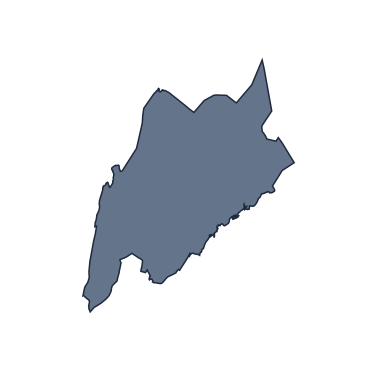 Hol nor, Buskerud, Norway (Natural Earth projection), rotated 111°
{"feature_id": "86288312B33339816949909", "entity_name": "Hol nor", "entity_type": "district", "adm_level": 2, "iso_a3": "NOR", "parent_name": "Norway", "parent_adm1": "Buskerud", "projection": "natural_earth1", "projection_center": [8.123, 60.604], "detail": "fine", "context": "isolated", "style": "filled", "palette": "slate", "viewbox_px": 384, "rotation_deg": 111, "n_neighbors": 0, "source": "geoboundaries", "source_scale": "gbopen_adm2", "svg_char_len": 5861}
<svg xmlns="http://www.w3.org/2000/svg" viewBox="0 0 384 384"><g transform="rotate(111 192 192)"><path d="M128.0,107.1L113.6,125.8L110.3,130.9L114.5,131.8L115.7,141.1L113.6,143.2L112.3,144.9L110.2,148.2L105.4,150.5L87.8,146.6L51.3,168.7L43.6,173.8L70.5,174.6L92.9,182.5L92.6,183.9L89.4,194.4L91.7,201.0L92.0,202.3L93.8,206.2L102.2,213.4L117.0,218.7L115.5,224.2L115.0,225.6L114.7,226.4L113.6,229.7L113.4,230.3L107.4,249.3L106.9,253.7L107.2,254.0L107.3,254.4L107.3,254.6L107.5,255.0L107.3,255.3L107.4,255.5L107.2,255.7L107.1,256.0L107.3,256.2L107.9,256.6L109.0,256.8L109.2,257.0L109.4,257.3L109.8,257.4L109.8,257.5L109.9,258.2L109.8,258.3L109.9,258.6L109.7,258.8L109.2,259.2L107.8,259.3L107.8,259.5L107.5,259.9L107.8,259.9L107.8,260.0L107.7,260.2L107.7,260.3L108.4,260.2L108.6,260.4L108.4,260.4L108.4,260.5L108.9,260.4L109.0,260.5L109.2,260.4L109.3,260.4L109.8,260.5L109.9,260.8L109.9,261.1L110.5,261.2L110.7,261.5L111.3,261.6L112.5,262.0L113.3,262.6L131.1,267.0L137.8,265.5L145.6,263.1L171.1,259.4L197.3,264.7L198.4,266.3L195.9,268.4L193.5,269.6L193.3,270.4L194.5,272.1L194.4,272.8L195.4,273.7L196.9,274.7L198.1,275.4L199.2,275.3L199.6,275.0L199.7,274.9L199.9,274.8L200.1,274.5L200.2,274.1L200.5,273.9L200.4,273.7L200.6,273.6L201.7,272.9L202.3,272.3L202.8,271.7L203.4,271.5L203.9,271.1L206.8,270.7L208.2,270.0L208.6,269.9L209.2,269.8L210.4,269.9L211.1,269.4L212.7,269.3L214.9,269.7L216.1,270.1L217.2,270.3L217.2,270.6L216.1,271.7L215.9,271.7L215.6,272.2L213.3,273.9L213.2,274.3L213.8,274.9L214.3,275.1L215.2,275.4L215.6,275.2L216.5,275.3L217.4,275.9L217.6,276.5L218.3,276.7L218.6,276.9L219.0,276.8L219.5,276.9L219.9,276.6L220.1,276.7L220.8,276.5L222.1,276.1L233.2,275.3L236.8,274.2L238.6,273.0L242.7,272.2L247.3,272.6L252.8,271.4L254.0,271.5L256.4,271.1L259.3,270.2L258.1,268.8L266.5,267.1L272.3,266.4L293.6,262.4L303.2,259.7L308.7,257.3L313.7,256.9L319.0,258.0L323.5,257.4L324.5,257.1L325.2,257.1L328.0,256.6L327.5,256.1L329.0,252.5L329.6,250.3L330.4,248.7L333.1,248.0L335.4,247.7L336.0,247.4L336.6,246.8L337.4,246.7L337.8,246.5L340.4,244.1L334.8,242.0L331.0,239.0L328.2,237.0L324.2,234.7L322.5,233.8L320.2,232.9L318.4,232.3L316.6,232.1L313.3,232.0L310.5,232.7L308.2,232.8L305.4,231.7L302.1,230.1L297.4,230.8L294.2,231.0L290.4,231.8L289.3,231.9L283.5,232.9L282.4,234.1L280.9,235.0L278.1,231.8L275.6,229.5L270.8,226.1L272.7,217.8L272.6,217.2L273.2,214.8L273.8,213.5L279.0,212.2L282.9,211.7L284.4,211.3L283.9,206.5L280.9,205.9L285.3,200.9L285.5,200.9L285.5,201.2L285.9,201.3L286.2,201.2L288.4,200.9L289.1,200.6L289.3,200.2L288.9,200.1L288.3,200.3L288.2,200.0L288.2,199.3L288.1,199.1L287.7,198.4L288.1,198.0L288.2,197.7L288.8,197.1L288.8,196.8L290.2,196.6L290.2,195.7L290.4,195.3L290.3,194.8L290.0,194.1L289.5,192.6L289.5,191.5L288.8,188.6L288.1,187.6L286.5,186.7L282.6,185.4L280.0,184.3L275.9,180.4L273.2,178.0L272.1,178.0L271.4,177.8L271.0,177.5L269.5,177.1L269.2,176.8L269.4,176.6L269.3,176.4L269.3,176.1L269.5,175.5L254.3,172.4L250.0,172.0L250.1,171.8L251.2,171.9L252.0,171.5L253.2,171.7L253.2,171.4L251.2,171.1L249.3,170.2L248.8,169.2L248.9,167.9L248.7,166.3L248.3,165.2L248.3,164.3L248.2,162.5L248.3,162.2L246.9,162.5L246.5,162.4L245.7,162.6L245.6,162.4L245.4,162.3L244.6,162.1L244.6,161.9L244.6,161.7L243.0,161.9L242.8,162.0L242.5,161.9L241.9,162.0L241.6,161.8L241.0,161.6L240.8,161.4L240.6,161.3L240.6,161.2L240.4,161.3L240.1,161.1L237.3,161.3L233.9,161.2L231.0,160.2L228.5,159.7L225.7,160.2L224.9,158.8L226.8,158.6L223.5,156.5L225.7,155.6L226.2,155.3L226.2,155.2L225.1,155.2L224.3,155.6L223.6,155.8L223.5,156.0L222.4,156.0L222.0,156.3L220.3,155.2L220.2,154.8L220.1,154.6L219.6,154.6L219.7,154.9L219.6,155.1L219.3,155.1L219.2,154.9L218.7,154.9L217.6,155.1L216.9,154.6L216.7,154.8L216.8,155.2L216.4,155.3L216.5,155.6L216.5,155.9L216.2,155.9L216.0,156.2L215.8,156.3L214.7,156.3L214.1,155.8L213.8,155.9L213.4,155.6L213.3,155.2L213.9,155.3L214.0,155.3L214.1,155.2L213.8,155.0L213.1,154.8L213.2,154.4L213.5,154.3L213.4,153.9L213.2,154.0L212.7,153.7L212.1,153.6L211.4,153.0L211.2,153.0L211.0,152.8L210.8,152.3L211.8,150.6L211.9,150.0L211.9,149.7L211.5,149.2L210.7,148.5L208.5,147.0L207.8,146.7L206.3,146.7L203.4,147.3L201.7,146.1L200.8,146.1L200.5,145.8L200.8,145.9L200.6,145.0L200.4,144.6L199.4,144.9L199.2,144.8L199.0,144.3L198.0,143.4L198.5,142.9L199.1,142.8L199.1,142.5L199.2,142.4L199.5,142.4L199.6,142.7L199.5,143.0L199.2,143.4L199.1,143.5L199.3,143.6L200.0,143.5L200.4,143.9L201.2,144.2L202.0,144.7L202.4,144.5L202.2,144.4L202.4,144.2L202.2,144.0L202.5,143.7L202.2,143.4L202.1,143.1L200.1,141.5L200.3,141.2L198.4,140.0L198.2,140.1L197.5,139.9L197.3,139.9L197.3,140.0L197.7,140.2L197.9,140.8L198.1,140.8L198.1,140.5L198.3,140.5L198.4,141.6L198.0,141.7L197.1,141.3L196.9,141.2L196.6,141.3L196.4,141.7L192.2,139.7L191.1,139.1L190.9,138.8L190.6,138.5L189.6,138.2L188.5,137.7L188.2,137.7L187.8,137.8L187.6,137.7L187.6,137.4L187.4,137.3L185.8,138.7L185.3,138.8L184.8,139.1L184.5,139.1L184.8,138.8L185.5,138.6L186.7,137.7L186.4,137.5L186.4,136.8L186.1,136.4L185.8,135.7L186.1,135.7L186.7,136.5L187.0,136.5L186.8,136.1L187.8,136.1L187.8,136.6L188.3,137.0L188.2,137.1L188.8,137.2L188.7,137.5L188.9,137.7L189.3,137.8L189.5,137.6L189.4,137.3L189.2,136.8L189.7,136.7L189.8,136.5L189.5,136.4L189.1,136.4L188.5,136.1L188.6,135.4L188.3,134.6L188.5,134.3L188.5,134.0L188.2,133.5L187.8,133.1L187.8,132.8L187.6,132.5L184.3,133.2L183.6,130.2L183.4,129.8L182.9,129.2L181.9,128.6L180.9,128.3L179.8,128.0L177.2,127.6L174.5,127.6L172.7,126.7L171.9,126.5L169.1,126.4L168.6,126.3L168.4,126.0L168.4,125.4L168.2,125.3L168.1,125.0L167.2,124.2L167.2,123.8L166.9,123.6L166.2,123.2L165.8,122.5L165.3,122.3L164.9,121.8L165.0,121.5L164.3,120.9L164.4,120.1L165.0,119.4L164.9,119.1L164.4,118.6L164.5,118.2L164.4,117.8L163.7,116.8L163.3,116.4L162.5,116.1L161.9,115.4L160.7,115.4L159.3,116.8L157.6,119.0L139.6,115.5L128.0,107.1Z" fill="#64748b" stroke="#1e293b" stroke-width="1.5"/></g></svg>